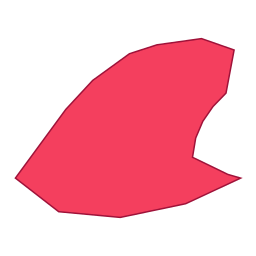 an SVG outline of Saint-Pierre
{"feature_id": "SPM-4866", "entity_name": "Saint-Pierre", "entity_type": "Commune", "adm_level": 1, "iso_a3": "SPM", "parent_name": "Saint Pierre and Miquelon", "parent_adm1": "", "projection": "equal_earth", "projection_center": [-56.176, 46.782], "detail": "fine", "context": "isolated", "style": "filled", "palette": "rose", "viewbox_px": 256, "rotation_deg": 0, "n_neighbors": 0, "source": "natural_earth", "source_scale": "10m", "svg_char_len": 337}
<svg xmlns="http://www.w3.org/2000/svg" viewBox="0 0 256 256"><path d="M226.0,93.1L213.0,106.5L202.8,121.3L195.7,138.0L192.5,157.3L227.8,174.4L240.6,178.1L185.7,203.7L120.3,217.4L58.7,211.7L15.4,178.1L65.8,109.4L92.7,80.4L129.5,53.7L157.0,44.8L201.5,38.6L234.1,50.0L226.0,93.1Z" fill="#f43f5e" stroke="#9f1239" stroke-width="1.5"/></svg>